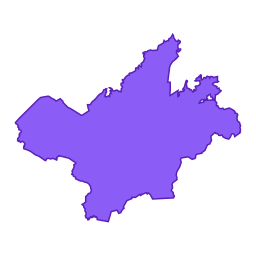 Mārcienas pag., Madona, Latvia (orthographic projection)
{"feature_id": "27541924B30682574084031", "entity_name": "Mārcienas pag.", "entity_type": "district", "adm_level": 2, "iso_a3": "LVA", "parent_name": "Latvia", "parent_adm1": "Madona", "projection": "orthographic", "projection_center": [26.093, 56.777], "detail": "fine", "context": "isolated", "style": "filled", "palette": "violet", "viewbox_px": 256, "rotation_deg": 0, "n_neighbors": 0, "source": "geoboundaries", "source_scale": "gbopen_adm2", "svg_char_len": 5723}
<svg xmlns="http://www.w3.org/2000/svg" viewBox="0 0 256 256"><path d="M221.0,90.5L219.3,89.9L219.0,88.1L217.3,88.4L216.6,87.2L216.9,86.5L213.4,85.1L212.7,84.4L212.7,83.5L215.6,82.1L217.3,82.3L218.5,81.5L217.4,80.6L217.5,76.5L213.4,77.5L212.7,76.8L210.9,76.4L210.4,76.7L209.8,78.0L209.3,76.9L207.2,76.2L206.3,77.0L206.0,78.2L204.4,77.6L203.8,77.7L203.0,79.3L201.3,79.9L201.3,75.2L200.4,74.9L199.8,76.0L200.5,76.9L200.0,77.2L199.0,76.4L198.1,77.6L197.0,77.9L196.1,78.8L196.3,79.8L195.0,80.8L195.7,81.1L199.4,80.6L200.3,83.4L200.0,83.6L200.2,84.3L199.1,85.1L197.4,86.1L195.8,86.0L195.2,86.6L196.1,88.2L195.8,90.3L194.8,90.9L194.1,89.5L193.7,89.8L193.9,91.2L192.8,92.0L191.4,90.0L190.8,89.7L190.0,89.9L189.5,88.8L186.7,87.8L186.9,86.9L186.4,84.4L186.6,82.6L187.5,81.4L187.1,80.6L186.5,80.4L186.0,81.1L184.3,87.2L182.8,89.0L183.2,89.7L184.4,89.6L184.1,90.8L182.4,91.6L182.1,91.2L181.4,91.7L180.5,91.4L178.9,92.7L179.0,94.4L179.3,94.5L179.3,95.6L177.9,96.5L177.8,91.7L178.0,90.5L170.0,95.6L169.9,93.3L170.3,90.3L170.2,82.2L167.7,82.2L169.6,67.2L170.3,65.1L172.4,61.8L176.3,58.6L176.1,58.4L178.4,56.3L176.4,52.7L176.3,52.3L177.1,51.8L176.5,50.5L177.3,50.1L178.5,51.9L179.9,50.8L180.6,49.9L180.6,49.0L178.5,49.1L177.8,47.1L178.0,44.8L177.8,44.3L179.3,43.6L180.3,42.3L180.0,41.0L179.2,40.8L178.5,40.1L178.0,40.3L177.9,41.5L175.9,41.0L173.7,37.6L173.6,36.1L172.7,34.4L170.7,37.9L168.9,38.8L168.6,40.7L167.9,40.5L165.1,41.8L164.1,40.5L163.2,43.2L158.5,45.7L157.3,50.1L152.4,50.5L150.6,50.0L148.1,50.7L147.0,51.7L146.2,51.9L145.4,51.6L143.1,52.7L143.0,53.5L143.3,53.9L144.6,53.8L144.7,54.5L143.8,55.3L143.6,56.1L144.0,57.5L144.9,58.3L144.1,59.5L144.3,59.8L143.4,61.6L141.1,63.6L141.5,64.6L141.4,66.8L141.1,67.0L139.6,66.2L139.6,65.2L138.9,65.4L138.1,66.7L138.2,68.5L137.5,67.9L136.1,67.8L135.6,68.5L135.6,70.8L132.8,72.2L132.7,72.6L129.5,73.2L129.1,73.6L129.4,74.8L127.6,75.3L125.1,77.5L125.0,78.4L124.0,79.5L122.4,79.6L122.4,80.4L123.4,81.3L123.5,82.7L123.2,82.9L122.5,82.5L122.0,83.2L121.0,83.5L121.2,85.7L122.2,86.4L122.5,87.0L122.3,87.6L121.2,88.9L121.5,90.0L120.9,90.9L120.8,91.8L119.9,91.3L119.0,91.2L118.9,91.5L117.1,90.1L115.8,90.2L115.0,90.8L113.3,91.0L111.7,88.5L109.9,87.7L109.5,87.8L111.5,89.3L112.1,90.6L111.5,91.0L110.7,90.4L110.0,90.9L111.1,93.1L110.7,92.9L109.7,94.2L109.5,96.5L108.5,95.9L107.5,96.2L106.5,97.0L105.8,97.0L105.7,96.4L104.7,95.9L105.9,93.8L105.6,93.0L106.6,92.0L106.5,91.1L106.1,90.3L106.7,88.9L105.8,88.7L105.1,89.5L103.8,89.8L102.8,92.1L102.1,92.7L101.8,93.4L100.5,93.6L98.3,95.5L95.6,98.8L91.7,102.3L90.8,103.9L90.1,104.7L87.5,104.7L88.1,107.9L89.0,110.8L81.7,115.5L70.9,108.8L67.9,107.4L63.3,102.8L62.8,101.2L60.2,98.7L56.1,101.1L54.1,99.3L52.2,98.6L48.9,96.3L47.2,96.3L40.6,97.5L38.6,99.1L18.9,118.7L15.4,122.6L16.1,123.9L17.1,124.2L17.8,125.3L18.0,125.9L17.9,127.1L18.8,127.9L18.8,129.6L20.5,130.1L21.0,130.7L21.4,131.9L19.6,133.4L19.7,134.5L19.3,134.5L19.1,135.0L19.3,135.4L19.4,136.5L17.7,138.6L17.6,140.6L18.1,141.1L18.7,140.6L19.3,141.0L19.3,141.6L20.1,141.7L20.6,142.3L22.0,141.4L22.6,141.4L24.4,142.8L24.9,143.9L24.7,145.4L24.2,145.3L24.0,146.1L24.4,146.4L24.3,146.7L23.7,147.0L23.6,147.7L23.9,148.8L27.7,150.0L30.8,151.5L35.3,154.8L38.9,156.2L45.1,160.5L45.7,160.6L46.8,158.7L48.3,158.3L50.7,159.0L52.9,158.3L56.4,159.9L56.2,159.1L57.1,158.8L56.7,158.0L56.8,157.3L57.8,156.6L58.8,156.3L58.9,155.7L68.9,158.2L75.7,162.8L75.8,163.3L75.4,163.9L73.9,164.6L73.8,165.4L74.3,166.2L73.4,168.7L72.2,170.7L72.1,171.2L72.5,172.5L71.8,174.4L73.1,174.7L73.2,175.8L73.5,176.2L75.5,177.2L75.7,177.9L75.6,178.8L80.4,181.0L81.9,180.9L85.5,182.4L86.8,182.5L88.8,183.9L90.2,186.0L90.6,186.9L90.7,188.3L91.2,189.7L91.1,191.5L90.1,193.2L88.3,193.6L87.5,195.0L85.7,196.5L85.7,201.9L83.7,203.6L82.1,204.4L83.8,206.2L83.9,207.5L85.1,208.8L84.9,210.9L85.9,212.6L86.1,213.7L86.0,214.6L85.3,215.7L86.0,217.8L87.6,218.3L87.8,219.8L88.4,219.8L88.6,219.7L88.5,219.3L88.0,219.0L88.3,218.7L89.2,218.9L89.2,218.1L89.9,218.1L90.2,217.5L90.9,217.5L90.6,217.1L91.1,216.8L91.9,217.3L92.0,216.8L92.6,217.1L93.7,216.7L93.2,216.1L93.7,215.9L94.2,216.6L94.6,216.2L94.9,216.9L96.0,217.3L96.3,216.9L97.1,217.4L97.2,219.6L108.3,221.6L111.2,211.6L117.1,210.2L118.7,213.3L120.9,212.6L121.4,211.1L123.5,208.6L124.1,208.2L123.4,206.8L126.9,200.6L131.6,198.7L131.9,198.5L131.8,197.3L135.5,197.4L139.6,194.5L140.5,195.5L141.6,194.8L141.4,194.3L142.8,194.1L146.3,192.6L147.2,194.0L148.3,192.9L150.3,194.6L152.6,199.0L173.4,197.9L173.5,197.0L174.3,196.7L174.3,195.9L173.4,194.5L173.2,192.4L171.4,190.9L171.3,190.5L172.6,187.6L172.1,184.5L172.6,182.9L177.0,179.6L176.7,178.4L176.9,177.9L176.2,174.9L176.8,171.8L179.6,167.0L181.2,162.4L180.5,159.4L181.3,158.0L188.1,156.8L192.1,159.3L194.7,158.6L195.4,158.0L195.9,154.9L196.6,154.3L201.9,153.2L202.1,152.4L205.0,150.4L207.4,144.8L209.7,144.0L211.5,140.4L210.8,136.2L215.0,132.5L215.5,132.6L216.0,133.6L217.6,133.6L218.7,135.3L220.3,135.5L222.0,135.0L223.0,136.8L224.8,137.9L228.4,139.1L228.8,139.0L230.4,137.0L231.5,134.2L232.6,133.7L234.0,134.1L234.7,136.6L240.2,132.7L239.7,132.0L240.5,131.0L240.3,128.6L239.9,127.7L240.6,125.5L239.8,124.4L239.9,123.4L239.4,122.4L237.6,121.0L236.9,118.8L237.2,117.0L237.1,115.7L237.8,114.9L236.9,113.5L234.9,113.0L235.2,112.1L234.6,111.5L234.1,110.6L229.3,108.0L224.2,109.5L223.7,109.3L222.9,108.2L220.7,108.7L219.0,108.2L217.7,105.7L216.8,105.9L216.4,105.4L216.5,103.5L216.8,103.0L215.4,101.0L213.1,99.9L207.6,100.3L207.5,98.8L206.7,98.6L207.1,95.9L207.9,95.9L208.1,95.4L210.1,94.2L210.9,97.0L211.7,97.0L212.6,97.6L212.5,98.8L215.1,99.4L215.5,94.7L216.4,94.7L217.9,93.9L221.1,90.9L221.0,90.5ZM201.6,99.8L202.2,99.6L206.1,99.6L205.9,100.3L203.7,100.9L203.6,102.1L199.3,103.1L200.1,101.4L201.6,99.8Z" fill="#8b5cf6" stroke="#5b21b6" stroke-width="1.5"/></svg>